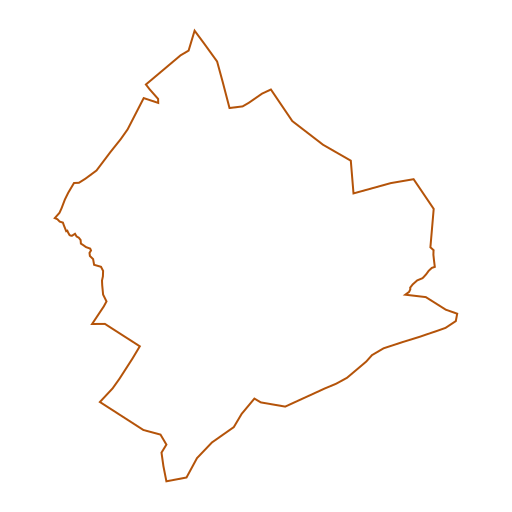 Owerri Municipal, Imo, Nigeria (Robinson projection)
{"feature_id": "59680162B94225169025314", "entity_name": "Owerri Municipal", "entity_type": "district", "adm_level": 2, "iso_a3": "NGA", "parent_name": "Nigeria", "parent_adm1": "Imo", "projection": "robinson", "projection_center": [7.015, 5.476], "detail": "fine", "context": "isolated", "style": "outline", "palette": "amber", "viewbox_px": 512, "rotation_deg": 0, "n_neighbors": 0, "source": "geoboundaries", "source_scale": "gbopen_adm2", "svg_char_len": 1554}
<svg xmlns="http://www.w3.org/2000/svg" viewBox="0 0 512 512"><path d="M324.7,388.5L336.2,383.7L347.0,377.8L366.3,361.5L372.0,355.1L383.6,348.3L402.8,342.0L420.3,336.6L426.9,334.3L437.6,330.7L445.5,327.9L455.8,321.1L457.2,313.7L445.8,309.7L425.8,297.1L405.3,294.7L409.1,291.9L410.3,289.3L410.2,287.6L412.7,284.4L417.2,280.4L422.5,278.2L424.0,276.7L426.3,274.1L428.7,270.8L431.8,267.9L434.8,266.9L433.9,259.5L433.4,254.8L433.5,251.1L433.6,250.2L430.4,247.3L433.7,208.9L413.6,179.2L390.8,183.1L353.5,193.4L350.8,160.7L323.1,144.8L292.3,121.1L270.9,89.5L262.1,93.6L248.8,102.8L242.6,106.4L229.5,108.0L222.6,81.6L217.1,61.5L204.1,43.5L194.6,30.7L188.6,50.6L180.6,55.3L145.9,84.5L149.7,89.4L158.1,98.9L158.2,102.9L143.7,98.1L127.6,129.4L120.6,139.3L110.6,151.8L96.5,170.5L85.4,178.7L78.9,182.8L74.0,183.0L68.3,192.6L64.9,199.5L61.5,208.4L59.5,212.8L54.8,218.1L57.4,219.2L59.7,221.6L62.9,222.6L63.8,225.2L65.0,228.2L66.2,231.2L67.3,230.7L68.2,232.7L69.5,235.0L70.3,235.5L71.9,235.8L73.0,235.1L75.0,233.8L76.6,236.5L78.8,237.7L80.6,240.0L80.9,243.6L83.5,245.3L86.0,247.1L90.2,248.6L91.0,250.5L89.5,252.9L89.9,256.0L93.1,259.1L94.1,264.8L101.0,266.8L103.1,270.9L102.9,276.4L102.0,280.5L102.2,285.2L103.1,294.6L106.5,301.4L103.8,306.4L99.6,312.7L92.1,324.0L104.9,323.9L139.8,346.3L132.5,358.5L119.5,378.7L112.6,388.4L99.9,402.0L143.4,430.0L160.5,434.6L166.4,444.6L161.5,452.6L163.4,466.1L166.4,481.3L186.5,477.5L197.0,458.1L212.0,442.4L233.8,427.1L241.7,413.8L254.4,398.6L260.8,402.4L285.2,406.6L324.7,388.5Z" fill="none" stroke="#b45309" stroke-width="2"/></svg>